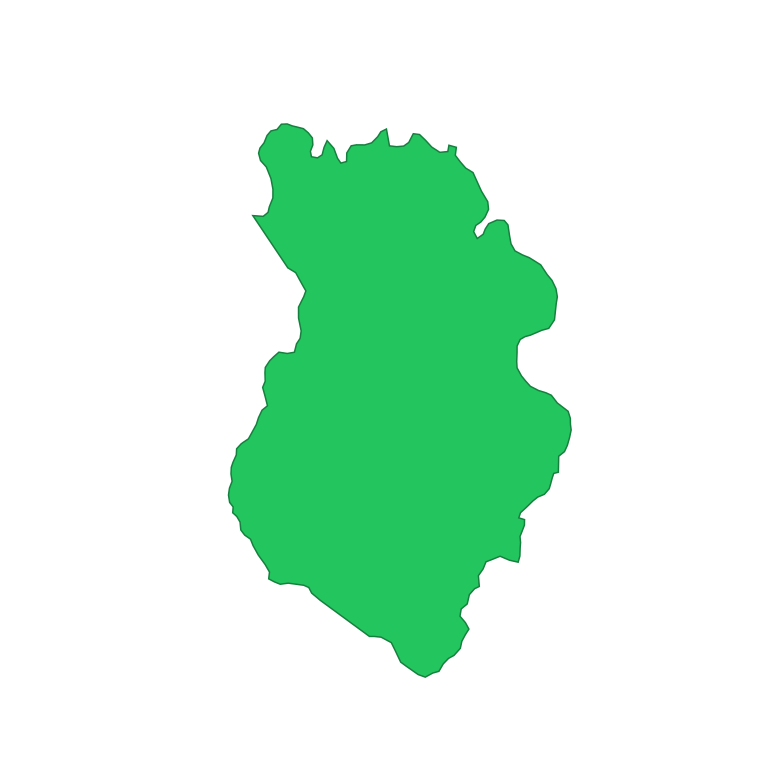 Santo Antônio da Barra, Goiás, Brazil (Natural Earth projection), rotated 330°
{"feature_id": "56859067B73524434673838", "entity_name": "Santo Antônio da Barra", "entity_type": "district", "adm_level": 2, "iso_a3": "BRA", "parent_name": "Brazil", "parent_adm1": "Goiás", "projection": "natural_earth1", "projection_center": [-50.62, -17.518], "detail": "fine", "context": "isolated", "style": "filled", "palette": "green", "viewbox_px": 768, "rotation_deg": 330, "n_neighbors": 0, "source": "geoboundaries", "source_scale": "gbopen_adm2", "svg_char_len": 2763}
<svg xmlns="http://www.w3.org/2000/svg" viewBox="0 0 768 768"><g transform="rotate(330 384 384)"><path d="M559.6,209.7L555.5,214.6L548.2,211.3L543.8,202.7L541.8,193.6L539.5,185.7L534.5,181.9L526.2,187.2L520.0,187.8L513.6,184.8L507.8,180.5L513.6,164.4L507.3,164.0L502.2,166.7L493.9,169.0L486.8,167.3L479.7,163.1L474.7,161.3L467.3,165.3L462.8,172.6L457.1,171.1L456.6,165.3L458.4,154.9L456.4,144.8L450.3,149.2L445.0,154.6L439.5,154.9L434.8,150.9L436.6,145.7L441.9,141.4L445.0,135.1L444.0,128.6L441.9,122.6L437.2,118.0L433.6,114.6L430.2,110.4L425.0,107.7L418.6,110.1L412.6,108.3L407.0,110.3L400.7,115.2L394.5,117.7L390.8,121.4L388.8,128.7L390.6,137.3L388.8,149.6L385.2,159.8L380.8,167.3L373.3,173.2L369.4,177.4L363.2,178.4L354.6,172.6L358.8,235.4L363.2,243.4L362.9,257.3L362.9,264.3L358.1,268.3L348.4,274.7L343.0,284.1L338.8,296.6L334.2,302.5L328.3,305.5L322.3,311.7L315.5,309.2L308.9,303.9L302.4,305.2L296.7,306.7L289.5,310.3L286.6,314.6L282.5,322.2L277.2,326.3L274.9,335.1L272.2,344.6L265.3,345.7L258.5,350.4L253.2,355.2L246.3,359.4L239.2,363.7L230.7,364.3L224.0,366.4L220.6,371.6L214.2,376.2L210.1,379.8L206.5,385.4L203.8,392.3L198.1,396.9L193.8,402.4L191.1,409.4L191.9,415.0L188.6,419.9L190.3,425.2L190.3,431.6L187.0,438.8L187.8,445.2L190.8,451.6L189.8,458.5L189.6,469.2L190.8,480.8L190.8,489.6L186.7,495.1L190.1,500.5L194.0,505.5L201.5,508.6L213.9,518.2L217.1,522.6L216.8,528.9L220.6,539.4L245.2,595.4L249.4,597.8L254.9,601.8L261.0,611.6L260.5,619.5L259.4,633.2L262.1,639.4L268.3,652.7L273.2,658.5L281.7,658.7L287.9,660.3L295.4,656.0L302.7,653.9L309.1,654.0L317.9,651.1L322.8,645.7L329.1,641.8L335.0,638.7L335.2,631.4L333.7,623.1L338.4,617.4L346.1,616.1L352.6,609.1L360.1,606.6L365.3,607.0L369.9,597.2L377.4,593.7L383.4,589.0L389.8,590.0L398.4,591.2L404.6,599.4L411.1,605.4L415.7,600.9L419.9,594.1L423.0,589.6L425.5,584.1L429.7,580.8L435.1,576.4L437.9,571.7L433.8,567.3L437.9,563.7L446.0,561.9L454.6,559.7L460.5,558.8L467.8,559.7L474.7,557.3L478.3,553.9L482.5,549.7L486.3,546.3L490.9,547.6L499.2,533.9L506.5,532.8L512.0,528.9L517.9,523.2L523.1,517.4L525.2,512.4L528.2,506.9L529.8,499.7L526.9,492.7L524.6,487.1L523.3,477.4L519.8,472.5L514.5,466.8L509.6,459.2L508.1,452.1L507.1,445.8L507.3,436.6L510.1,431.0L515.0,423.2L518.2,417.7L524.3,413.5L529.8,413.5L535.2,414.9L547.6,416.4L554.5,418.2L563.7,413.7L569.1,406.3L573.5,400.3L577.7,395.2L580.6,387.4L581.3,378.3L580.0,370.7L579.3,359.2L573.0,347.3L568.2,341.1L564.0,334.2L564.1,326.1L566.9,318.3L570.9,308.2L569.9,302.5L563.8,298.5L554.9,297.5L549.2,300.4L544.8,303.9L537.5,304.6L537.8,296.9L542.8,292.6L549.0,292.1L555.0,289.9L561.9,285.0L565.0,278.0L564.8,265.8L565.6,257.3L566.8,245.4L562.7,237.9L561.1,229.6L560.1,221.6L565.0,215.2L559.6,209.7Z" fill="#22c55e" stroke="#15803d" stroke-width="1.5"/></g></svg>